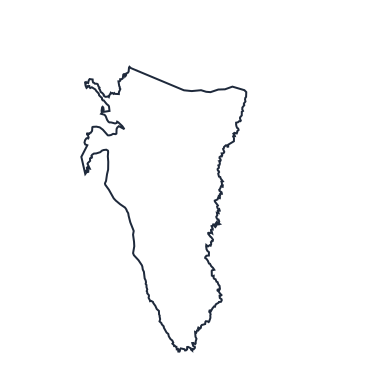 the district of Bomet East, Rift Valley, Kenya, rotated 336°
{"feature_id": "3690345B81361718006434", "entity_name": "Bomet East", "entity_type": "district", "adm_level": 2, "iso_a3": "KEN", "parent_name": "Kenya", "parent_adm1": "Rift Valley", "projection": "equal_earth", "projection_center": [35.412, -0.848], "detail": "fine", "context": "isolated", "style": "outline", "palette": "slate", "viewbox_px": 384, "rotation_deg": 336, "n_neighbors": 0, "source": "geoboundaries", "source_scale": "gbopen_adm2", "svg_char_len": 5993}
<svg xmlns="http://www.w3.org/2000/svg" viewBox="0 0 384 384"><g transform="rotate(336 192 192)"><path d="M101.8,132.2L102.7,131.7L103.5,129.5L104.4,129.4L104.7,131.3L105.4,131.4L106.0,130.3L105.3,129.5L105.8,127.1L106.6,126.8L107.4,128.7L108.1,129.1L108.0,123.8L108.8,123.1L111.6,122.1L112.4,120.0L113.3,119.5L114.1,120.0L114.9,119.4L114.9,118.0L116.1,117.3L118.1,117.0L120.1,117.8L124.4,118.3L126.5,117.6L128.3,117.7L130.9,118.5L132.0,120.0L131.7,121.3L129.6,125.2L127.8,130.3L124.5,137.4L121.6,141.2L118.0,146.9L116.0,148.7L115.7,150.0L117.0,156.2L117.9,166.0L118.9,168.9L121.4,174.0L124.5,179.0L124.9,181.2L124.8,183.0L125.1,185.4L124.4,188.1L123.3,194.6L122.9,203.9L120.8,207.0L118.8,213.9L117.2,218.1L113.3,223.9L113.2,226.1L115.4,232.6L116.4,238.5L116.3,239.9L115.5,242.8L115.6,245.3L113.6,251.7L113.7,253.8L113.3,255.7L112.3,257.1L112.6,258.4L111.7,260.5L111.5,262.8L110.3,264.1L110.4,265.2L109.9,266.4L110.6,268.5L110.4,269.5L109.3,271.0L109.5,273.7L109.3,274.7L110.4,274.9L111.6,276.5L111.5,277.9L112.2,281.1L112.2,284.6L113.4,287.2L112.1,290.5L112.2,291.8L111.7,292.7L111.2,295.2L109.7,297.0L110.7,299.3L110.6,300.7L111.5,303.2L111.1,304.6L111.6,310.1L112.6,312.0L112.1,314.4L112.5,317.5L113.6,319.7L113.6,322.0L112.4,322.6L113.2,324.4L113.0,325.4L113.8,325.6L114.1,326.7L114.8,327.1L114.1,329.5L115.3,329.7L114.6,332.2L115.6,332.7L116.4,332.1L117.0,330.9L118.1,330.3L121.2,332.6L121.2,333.9L121.9,334.2L123.5,333.8L124.5,331.7L125.4,331.9L127.3,334.3L127.0,335.6L127.6,336.8L127.9,335.8L128.7,335.6L129.4,336.4L131.2,335.6L131.6,334.8L130.5,333.2L130.8,330.1L131.8,330.4L133.0,332.3L133.7,331.9L134.6,330.0L136.4,327.9L136.3,325.7L137.9,321.2L138.7,322.2L140.3,320.5L141.4,321.1L142.3,320.5L142.0,319.1L142.7,318.4L144.0,320.0L144.8,319.7L145.9,318.0L146.9,317.5L150.3,318.0L151.4,316.1L152.1,315.7L153.7,316.6L154.3,317.6L155.0,317.3L157.6,314.5L158.6,312.0L159.3,311.3L159.4,309.6L159.0,308.5L159.8,307.4L160.5,307.5L160.9,308.5L163.4,306.6L165.6,305.5L166.3,306.1L167.8,304.5L168.6,304.2L171.1,304.0L171.9,303.4L173.7,304.1L175.0,303.2L175.4,302.1L174.3,300.2L174.6,299.1L175.0,298.0L176.0,298.4L177.0,298.1L176.2,295.8L176.0,294.0L175.2,292.4L175.7,291.6L176.7,291.7L177.3,292.5L178.1,291.9L179.0,288.9L178.5,287.3L178.7,284.7L177.9,283.9L178.0,281.3L177.0,280.4L176.8,279.2L177.7,277.4L176.8,277.3L176.1,276.5L177.9,272.1L178.6,271.7L180.7,272.1L180.3,269.8L179.4,267.6L179.2,264.9L178.4,264.2L178.5,261.3L178.0,258.9L177.2,257.8L177.5,257.0L179.3,256.1L181.6,256.9L183.0,253.9L182.1,252.0L182.0,250.2L182.8,247.4L183.5,246.2L184.5,248.2L186.6,247.8L187.2,248.6L188.3,247.5L188.9,245.5L189.6,245.5L190.1,244.8L191.1,245.1L191.8,244.1L191.2,241.1L190.7,240.5L189.8,236.8L190.2,236.0L190.9,236.1L191.4,236.9L193.0,236.9L193.6,237.9L193.9,236.6L193.5,235.4L194.0,234.3L194.7,234.2L195.6,234.8L196.0,234.1L196.0,231.1L197.3,231.2L198.2,230.2L199.1,230.6L198.7,232.7L199.1,233.5L201.4,232.0L201.0,231.3L201.2,230.2L202.6,229.4L202.9,230.5L202.4,231.8L203.3,232.5L204.3,232.6L203.6,231.6L204.9,230.0L205.0,227.9L204.2,227.7L203.9,225.6L204.1,224.5L205.7,223.5L206.3,221.0L207.7,222.1L208.0,219.8L209.7,220.3L209.9,218.7L209.0,218.8L208.8,216.8L209.0,215.5L210.2,214.9L209.0,210.0L209.3,209.1L212.3,209.2L213.7,207.7L214.3,208.6L214.9,209.0L215.4,208.1L215.2,206.5L216.2,206.6L216.4,205.4L217.2,205.1L217.9,205.5L218.1,204.6L218.7,205.2L218.9,204.3L217.6,202.0L217.8,201.0L218.8,200.6L220.8,198.6L222.1,199.7L222.8,198.5L222.0,198.2L223.0,195.8L223.1,194.5L224.5,194.8L223.7,191.4L223.9,189.8L222.9,188.9L223.4,185.9L224.9,184.8L224.9,183.6L224.4,183.0L224.5,182.0L224.9,181.3L226.3,180.9L226.9,179.8L226.9,178.4L228.2,178.4L229.0,177.4L229.2,176.3L229.9,175.7L229.5,174.8L231.0,174.8L231.4,173.8L230.9,172.4L231.3,171.4L232.8,171.0L233.6,171.6L234.4,171.0L234.8,168.8L236.4,169.4L237.2,169.0L237.8,168.5L237.9,165.3L238.9,164.9L239.6,163.9L241.9,163.1L242.8,163.5L242.8,165.1L243.5,165.3L244.4,163.5L250.9,162.7L252.3,159.8L252.2,157.9L252.9,157.5L253.9,158.2L254.0,157.0L253.5,155.6L254.8,155.2L256.7,156.7L257.6,155.8L258.0,154.9L259.8,154.3L260.0,152.8L259.3,151.8L259.3,150.3L259.7,148.4L260.5,146.6L262.3,147.0L263.9,146.5L264.9,147.0L265.6,146.7L265.7,144.7L266.0,143.8L266.6,143.2L268.6,142.3L270.1,139.0L271.6,138.7L271.5,137.0L272.4,135.3L275.1,133.9L275.1,132.7L275.8,132.0L277.6,131.1L278.1,129.0L279.0,127.7L280.1,127.1L282.2,122.8L281.3,120.3L271.8,112.2L263.9,111.6L257.7,109.1L249.5,108.3L245.7,106.2L241.7,102.7L232.8,99.7L226.0,95.8L186.6,54.0L185.8,52.2L185.0,52.8L183.1,56.2L182.1,56.9L180.0,57.0L179.5,58.2L178.7,58.9L177.9,59.2L178.6,57.2L178.0,56.6L177.0,56.8L175.0,60.0L173.9,60.3L172.2,59.8L171.9,61.0L170.9,61.4L169.8,61.0L168.6,65.7L168.7,66.8L168.2,67.9L168.4,68.8L165.8,71.1L165.0,72.8L161.5,71.0L161.2,70.0L160.2,70.4L159.7,69.3L158.8,69.3L158.2,68.3L157.4,69.2L156.6,69.4L154.7,71.4L154.4,70.4L153.4,70.5L151.6,69.8L150.5,68.1L151.0,67.2L150.3,65.1L149.3,63.4L149.5,60.9L149.2,59.8L150.0,59.0L149.5,57.8L149.7,55.2L149.1,54.4L147.3,53.5L146.9,52.4L146.2,51.7L146.3,50.7L147.0,48.8L144.4,47.2L143.1,48.0L141.5,50.2L140.9,49.4L139.8,49.7L139.8,48.4L138.9,48.4L138.0,51.7L138.0,54.0L139.1,53.7L139.7,52.8L141.3,53.4L141.0,54.4L141.3,55.6L143.1,55.6L145.4,59.0L145.6,60.6L146.8,64.1L146.5,66.0L148.0,69.7L147.5,70.7L147.7,71.9L148.6,72.4L149.8,76.9L150.9,79.1L150.9,80.3L149.6,84.4L144.0,82.9L144.0,81.9L144.7,81.0L145.3,78.7L145.0,77.8L144.3,78.1L142.4,81.1L141.9,83.0L140.8,83.6L143.5,85.9L144.0,87.7L143.8,91.5L144.2,93.8L144.8,94.8L146.5,95.6L149.6,98.1L151.3,98.3L152.2,97.3L153.0,98.4L155.1,103.4L155.8,107.1L151.9,102.1L150.0,102.7L148.7,103.8L146.7,107.9L145.8,108.1L143.6,106.8L141.1,107.0L139.1,106.5L138.1,105.9L135.9,98.8L134.0,95.4L131.2,93.4L128.0,92.2L127.3,92.3L125.6,95.5L123.6,96.7L122.6,96.6L121.8,97.2L121.0,97.0L120.8,96.1L119.9,95.9L119.5,96.8L120.1,97.5L119.7,100.2L119.0,100.9L118.1,100.1L117.2,100.1L115.4,101.2L113.9,103.1L113.8,105.1L115.4,106.7L105.2,114.9L101.8,132.2Z" fill="none" stroke="#1e293b" stroke-width="2"/></g></svg>